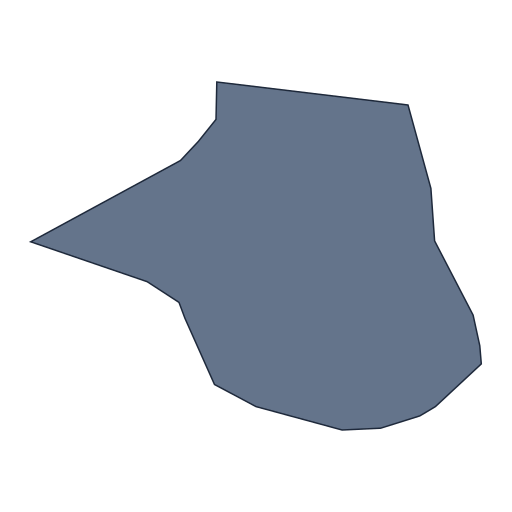 SVG path tracing the border of Markovci
{"feature_id": "SVN-272", "entity_name": "Markovci", "entity_type": "Municipality", "adm_level": 1, "iso_a3": "SVN", "parent_name": "Slovenia", "parent_adm1": "", "projection": "robinson", "projection_center": [15.962, 46.391], "detail": "fine", "context": "isolated", "style": "filled", "palette": "slate", "viewbox_px": 512, "rotation_deg": 0, "n_neighbors": 0, "source": "natural_earth", "source_scale": "10m", "svg_char_len": 382}
<svg xmlns="http://www.w3.org/2000/svg" viewBox="0 0 512 512"><path d="M342.1,430.0L256.0,406.6L214.5,384.5L184.9,318.2L179.0,302.4L147.2,281.7L30.7,241.8L180.5,160.5L198.3,141.5L216.0,119.4L216.8,82.0L408.0,105.0L430.9,188.4L434.6,240.9L473.1,315.1L479.8,345.8L481.3,363.9L435.4,406.6L419.8,415.9L380.6,428.2L342.1,430.0Z" fill="#64748b" stroke="#1e293b" stroke-width="1.5"/></svg>